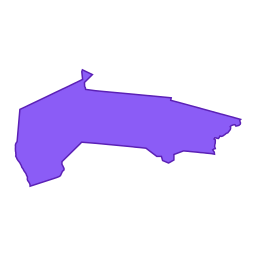 Poção de Pedras, Maranhão, Brazil
{"feature_id": "56859067B9386852813171", "entity_name": "Poção de Pedras", "entity_type": "district", "adm_level": 2, "iso_a3": "BRA", "parent_name": "Brazil", "parent_adm1": "Maranhão", "projection": "mercator", "projection_center": [-44.86, -4.789], "detail": "fine", "context": "isolated", "style": "filled", "palette": "violet", "viewbox_px": 256, "rotation_deg": 0, "n_neighbors": 0, "source": "geoboundaries", "source_scale": "gbopen_adm2", "svg_char_len": 1738}
<svg xmlns="http://www.w3.org/2000/svg" viewBox="0 0 256 256"><path d="M171.2,97.8L149.2,95.7L147.8,95.6L132.0,94.1L103.6,91.5L95.3,90.7L85.6,89.4L85.3,87.6L84.6,86.4L84.6,84.9L84.5,83.7L84.5,82.4L92.4,74.6L82.4,69.8L81.8,71.7L82.6,79.4L66.7,87.1L64.4,88.2L62.4,89.1L60.6,90.0L56.1,92.1L47.0,96.5L31.9,103.7L19.9,109.4L17.1,141.6L16.2,142.9L15.6,144.1L15.4,145.3L15.5,146.6L15.4,148.8L15.5,151.2L15.8,152.6L15.8,153.8L16.0,155.0L15.7,156.1L16.6,157.8L17.0,158.9L17.9,160.3L19.7,162.6L21.3,165.6L21.8,167.2L23.1,169.0L24.1,171.0L25.3,172.6L26.1,173.9L26.7,175.7L27.4,176.7L27.4,178.1L27.3,179.3L27.7,180.6L28.5,181.6L29.4,183.1L30.0,184.5L30.1,186.2L54.1,178.4L57.3,177.3L59.0,176.6L60.4,175.7L62.4,171.4L64.0,169.9L64.0,168.4L62.8,165.9L61.9,164.2L62.0,161.6L80.6,143.3L81.6,142.2L92.1,143.0L97.0,143.4L108.5,144.5L110.8,144.7L127.7,146.3L132.9,146.8L135.0,147.1L140.6,147.6L146.0,148.2L151.5,152.4L156.8,156.4L161.4,156.4L162.6,160.5L168.5,163.0L169.9,162.3L173.9,160.0L173.9,154.5L181.6,151.6L183.6,150.9L186.7,151.2L188.4,151.3L189.8,151.5L196.5,152.1L199.1,152.4L200.6,152.6L202.5,152.7L203.7,152.8L206.0,153.1L211.3,153.6L214.5,154.2L214.3,152.2L213.4,150.9L212.7,149.8L213.9,149.0L215.3,148.6L214.6,146.5L214.8,144.7L215.2,143.2L215.3,141.2L215.3,139.8L214.1,139.0L214.8,137.8L215.9,137.8L217.0,138.3L218.4,138.5L219.3,137.3L220.0,136.0L221.3,136.4L222.8,136.0L223.7,135.3L224.8,134.6L226.2,133.4L227.8,132.8L229.1,131.1L230.3,129.6L230.7,127.9L230.2,126.6L231.4,125.6L232.6,125.1L233.9,124.7L235.0,124.7L235.9,126.1L237.3,125.8L238.9,125.4L240.3,124.1L240.5,122.9L240.0,121.6L239.7,120.3L240.6,119.4L222.2,114.3L220.8,114.0L206.8,110.1L179.0,102.5L170.7,100.3L171.2,97.8Z" fill="#8b5cf6" stroke="#5b21b6" stroke-width="1.5"/></svg>